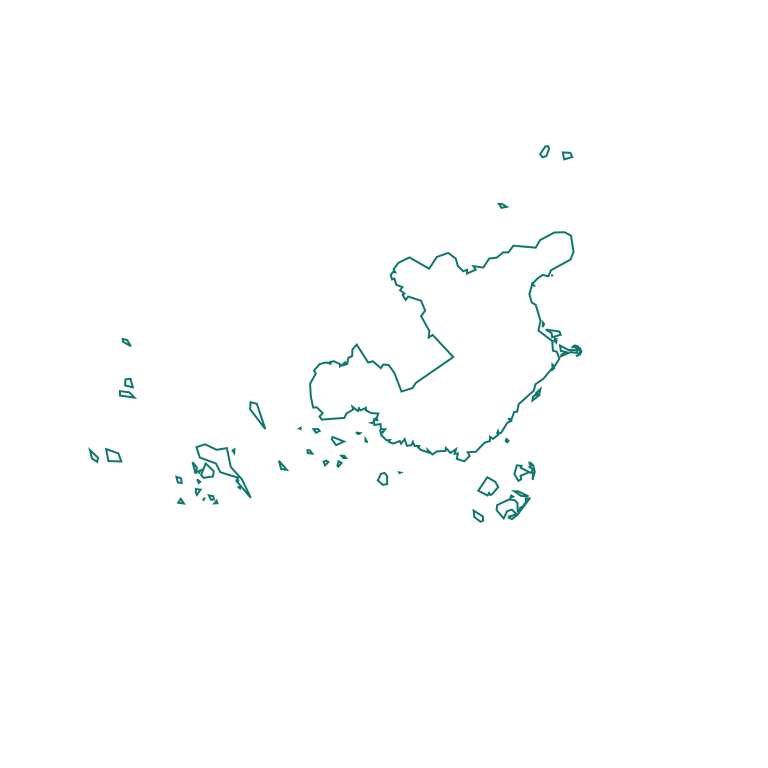 the district of Basilan, Basilan, Philippines, rotated 326°
{"feature_id": "2640588B29921835743372", "entity_name": "Basilan", "entity_type": "district", "adm_level": 2, "iso_a3": "PHL", "parent_name": "Philippines", "parent_adm1": "Basilan", "projection": "orthographic", "projection_center": [121.96, 6.593], "detail": "fine", "context": "isolated", "style": "outline", "palette": "teal", "viewbox_px": 768, "rotation_deg": 326, "n_neighbors": 0, "source": "geoboundaries", "source_scale": "gbopen_adm2", "svg_char_len": 6221}
<svg xmlns="http://www.w3.org/2000/svg" viewBox="0 0 768 768"><g transform="rotate(326 384 384)"><path d="M383.4,336.1L376.9,337.9L373.3,343.0L369.1,342.4L364.8,346.8L362.4,346.2L363.4,345.9L364.0,344.4L357.4,344.8L358.6,342.8L355.1,337.0L351.5,335.6L351.3,337.2L351.0,337.4L348.0,333.7L341.6,331.5L333.5,333.7L333.3,337.2L322.8,342.5L316.2,353.7L312.1,363.9L315.2,365.7L316.9,373.9L312.4,374.9L312.5,378.7L332.1,389.9L336.5,387.4L344.3,387.9L345.1,385.3L347.2,391.7L349.7,390.1L349.5,392.6L355.7,393.7L354.2,395.5L357.0,400.9L362.7,405.3L357.7,409.1L359.0,410.8L357.2,409.7L357.6,407.8L355.7,407.6L353.1,412.5L358.7,415.3L356.3,419.8L359.7,422.2L355.4,423.5L354.6,421.2L353.1,424.7L354.7,432.1L357.5,433.7L355.8,434.2L355.8,435.1L358.5,438.6L365.2,440.1L364.8,443.0L370.3,441.3L368.4,448.0L372.4,450.1L375.6,448.1L374.7,452.5L379.3,455.6L376.8,454.9L377.6,459.1L382.4,465.5L383.3,463.1L384.7,469.5L390.3,469.5L397.5,473.9L399.6,471.7L400.6,478.3L407.2,478.3L403.5,481.3L406.4,482.9L402.5,486.7L407.3,493.0L414.8,491.6L415.2,487.4L422.2,491.5L434.4,488.9L439.9,490.5L442.4,487.1L443.7,490.5L450.1,490.0L450.4,488.0L452.2,486.8L451.5,489.3L453.9,489.9L464.3,485.2L468.8,485.7L467.6,482.1L470.0,484.5L476.3,480.0L478.9,481.4L484.4,476.0L504.5,473.3L509.5,468.9L519.0,468.8L532.7,464.9L534.5,462.0L535.1,464.8L543.6,461.0L545.3,453.9L542.7,450.8L547.5,442.4L541.9,426.0L549.1,419.2L554.0,403.3L552.1,399.0L554.7,390.9L563.1,383.7L563.1,385.8L563.4,386.1L563.3,383.8L570.5,382.4L576.6,382.3L580.4,386.6L586.2,383.1L608.1,385.1L614.9,380.7L622.0,365.6L618.5,359.1L609.8,353.6L593.7,352.0L586.0,355.8L568.6,341.7L560.6,344.5L556.6,341.5L548.2,342.3L541.3,338.8L531.6,343.0L524.0,336.3L523.9,340.5L514.6,338.9L516.8,335.8L512.7,334.8L511.2,327.3L513.6,320.2L510.5,311.2L498.8,308.2L485.9,313.7L475.9,293.3L463.7,291.6L456.1,294.3L455.8,297.7L455.1,297.1L455.4,295.8L455.2,295.2L455.1,297.1L454.5,297.7L455.0,296.0L450.5,297.3L449.1,301.8L451.6,302.4L449.7,308.7L453.5,314.0L449.8,315.3L451.5,320.5L449.3,320.5L449.0,326.4L452.9,325.0L461.3,335.7L459.2,346.1L452.7,348.5L451.3,365.3L447.1,370.4L451.8,370.6L456.5,400.4L411.0,400.9L405.4,403.3L394.3,400.0L398.8,380.7L398.5,370.8L394.4,367.5L390.2,369.0L387.5,358.9L382.9,357.4L383.4,336.1ZM201.9,333.9L193.2,331.5L190.2,342.0L200.2,355.9L199.0,365.6L210.6,380.1L209.5,380.2L209.2,382.7L207.7,383.6L209.9,403.9L212.9,383.8L210.6,367.0L217.9,349.3L208.5,345.0L201.9,333.9ZM410.1,547.7L406.8,551.5L408.1,562.3L415.0,558.3L419.8,559.7L421.1,566.3L413.8,563.8L413.9,566.0L412.2,563.8L414.5,567.5L421.4,567.1L440.6,560.4L437.5,558.2L435.8,561.1L428.5,564.0L423.8,564.1L428.2,557.0L427.1,553.1L423.0,549.6L410.1,547.7ZM417.5,519.1L402.5,525.2L407.5,534.3L410.2,533.1L410.0,535.4L411.6,535.9L421.0,533.4L421.6,527.4L417.5,519.1ZM263.1,324.5L258.9,330.1L260.4,355.0L267.5,329.3L263.1,324.5ZM117.2,282.6L112.4,293.8L122.9,301.3L125.0,292.9L117.2,282.6ZM191.8,350.2L181.5,357.1L181.9,360.9L190.5,365.0L194.1,361.1L191.8,350.2ZM448.7,525.8L441.8,531.4L441.3,539.5L444.3,539.7L446.0,536.5L455.2,538.3L450.5,529.9L452.3,528.8L448.7,525.8ZM331.1,456.8L324.9,460.5L326.8,467.1L330.7,468.7L335.1,462.1L334.7,458.0L331.1,456.8ZM551.4,450.5L549.2,455.5L552.7,459.3L547.5,459.0L546.3,460.0L556.1,461.8L561.8,466.4L562.8,463.8L556.0,459.1L551.4,450.5ZM387.5,539.1L384.5,544.8L387.0,552.2L389.7,552.8L391.9,549.1L387.5,539.1ZM161.1,242.2L158.7,246.0L169.5,255.7L168.2,248.5L161.1,242.2ZM650.7,277.2L642.0,280.8L642.2,284.8L646.1,285.8L652.1,281.6L653.1,278.8L650.7,277.2ZM558.7,438.5L548.5,429.3L551.4,435.3L549.6,439.3L558.0,442.0L558.7,438.5ZM661.7,292.0L659.0,298.5L667.0,301.1L667.8,296.6L661.7,292.0ZM311.8,399.2L309.8,400.6L310.1,407.9L318.7,409.3L311.8,399.2ZM172.2,235.6L168.6,240.4L173.9,246.3L176.7,237.9L172.2,235.6ZM103.3,274.3L100.2,282.6L102.7,288.1L105.7,285.3L103.3,274.3ZM253.9,388.9L251.2,397.0L255.4,400.8L253.9,388.9ZM460.6,530.7L460.3,531.3L460.9,531.2L460.7,532.4L461.3,532.9L461.2,533.2L461.5,533.5L461.4,533.8L458.2,534.2L459.8,538.1L456.3,539.8L458.2,541.0L453.5,546.5L460.0,541.0L462.1,534.9L461.8,532.4L460.6,530.7ZM160.0,344.9L158.0,350.4L161.0,352.9L163.0,348.7L160.0,344.9ZM192.6,200.5L191.2,202.9L195.3,211.1L195.6,203.9L192.6,200.5ZM432.0,545.8L435.3,553.7L441.0,557.9L435.2,548.0L432.0,545.8ZM504.2,477.9L500.6,477.8L497.8,480.7L505.8,480.2L504.2,477.9ZM579.9,299.0L580.0,303.7L584.8,305.7L582.5,300.9L579.9,299.0ZM506.7,479.6L510.8,475.6L505.1,476.6L506.7,479.6ZM181.6,341.7L177.9,352.1L178.9,352.7L182.1,348.4L181.6,341.7ZM151.3,365.5L147.0,367.4L151.3,371.2L151.3,365.5ZM300.3,382.0L300.4,386.5L304.5,386.9L304.2,384.6L300.3,382.0ZM303.2,422.7L299.7,425.6L299.9,427.0L304.7,425.7L303.2,422.7ZM290.6,414.5L289.5,418.5L294.3,417.6L293.4,415.4L290.6,414.5ZM176.5,378.4L175.8,383.2L178.5,384.7L179.6,381.4L176.5,378.4ZM169.3,365.9L167.4,368.6L166.9,371.3L172.8,369.0L169.3,365.9ZM561.5,459.0L559.8,458.6L561.8,459.4L563.1,458.7L564.6,460.2L562.8,460.1L565.1,465.9L562.8,468.9L558.7,468.1L562.7,469.2L565.8,467.5L566.4,464.2L565.0,460.2L564.0,459.0L563.0,458.5L561.5,459.0ZM285.7,401.6L285.4,397.4L283.4,396.1L282.2,398.7L285.7,401.6ZM308.5,419.6L308.9,422.8L311.2,424.2L310.9,421.3L308.5,419.6ZM176.9,362.3L175.7,358.5L175.1,362.5L176.9,362.3ZM547.5,425.6L550.3,423.7L550.1,421.9L547.5,425.6ZM454.7,498.0L453.0,499.4L453.7,501.3L455.5,500.6L454.7,498.0ZM179.9,387.3L176.7,388.2L179.2,389.7L179.9,387.3ZM223.4,354.6L221.3,354.5L221.3,357.3L223.4,354.6ZM183.6,353.0L181.3,352.6L181.2,354.1L183.6,353.0ZM170.5,378.3L168.8,379.7L170.9,378.5L170.5,378.3ZM337.8,419.3L336.6,421.0L337.6,423.2L337.8,419.3ZM428.0,549.6L427.1,547.6L425.4,549.0L428.0,549.6ZM354.2,410.0L352.0,409.3L353.4,410.8L354.2,410.0ZM430.6,563.1L427.6,562.8L427.4,563.5L430.6,563.1ZM549.8,443.2L551.9,443.0L551.0,441.9L549.8,443.2ZM333.7,408.6L334.5,410.9L335.8,411.6L336.9,411.5L333.7,408.6ZM207.3,383.3L208.1,380.6L207.5,381.8L207.3,383.3ZM206.6,389.0L205.3,387.4L206.2,389.8L206.6,389.0ZM290.3,373.8L288.9,373.6L289.6,374.7L290.3,373.8ZM550.0,445.9L551.0,444.8L549.7,444.1L550.0,445.9ZM348.1,466.7L347.1,465.7L347.0,466.5L348.1,466.7ZM534.8,465.9L532.1,466.1L529.9,466.1L530.9,466.4L534.8,465.9ZM584.0,388.0L584.0,387.8L583.2,387.7L584.0,388.0Z" fill="none" stroke="#0f766e" stroke-width="2"/></g></svg>